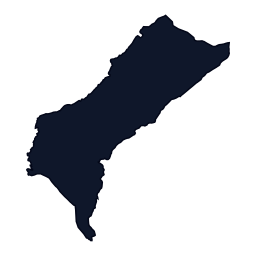 the district of Golakonneh, Grand Cape Mount, Liberia
{"feature_id": "62588387B70898832426748", "entity_name": "Golakonneh", "entity_type": "district", "adm_level": 2, "iso_a3": "LBR", "parent_name": "Liberia", "parent_adm1": "Grand Cape Mount", "projection": "natural_earth1", "projection_center": [-10.924, 7.106], "detail": "fine", "context": "isolated", "style": "filled", "palette": "ink", "viewbox_px": 256, "rotation_deg": 0, "n_neighbors": 0, "source": "geoboundaries", "source_scale": "gbopen_adm2", "svg_char_len": 5540}
<svg xmlns="http://www.w3.org/2000/svg" viewBox="0 0 256 256"><path d="M91.9,240.6L92.0,239.7L91.6,237.5L92.1,236.6L93.2,236.3L94.5,235.8L95.2,235.2L94.8,233.4L94.5,232.5L94.3,231.6L94.1,231.2L93.5,230.4L92.7,229.7L92.3,229.4L90.9,227.5L89.7,226.4L89.0,225.5L89.0,225.3L88.6,223.8L88.4,221.4L88.3,220.0L88.3,218.6L88.3,218.0L89.7,216.4L90.9,215.9L91.5,214.6L92.1,212.4L93.0,210.9L93.1,210.7L93.2,209.4L93.9,208.6L95.2,207.8L95.0,206.0L95.2,205.2L95.5,204.3L95.6,203.9L96.1,202.5L96.4,201.2L96.2,200.0L96.1,199.1L97.0,198.6L97.7,198.3L97.8,198.4L97.6,197.1L96.9,195.2L97.6,193.0L98.7,192.1L99.5,190.4L99.8,189.8L100.3,189.1L101.5,188.1L101.9,186.6L102.3,182.2L101.7,180.9L100.8,180.1L100.5,179.4L100.4,179.2L100.5,178.2L101.4,177.3L101.5,176.8L101.6,176.5L102.9,175.5L103.8,174.9L104.0,174.3L103.7,173.7L103.4,172.7L103.4,171.6L103.8,170.0L104.0,170.0L104.0,169.4L103.5,168.8L103.0,168.1L103.0,166.5L102.7,165.5L102.0,164.7L100.1,163.4L98.4,162.4L98.4,161.9L99.3,161.5L99.9,160.5L100.4,159.4L101.9,159.2L102.5,159.1L103.9,159.0L104.8,158.3L106.3,159.4L107.3,159.5L108.2,159.4L109.4,158.3L110.4,155.7L110.5,154.7L111.4,153.3L111.6,151.6L112.2,150.1L112.3,150.1L113.1,149.2L114.9,147.6L116.1,145.5L116.3,145.3L117.2,144.5L118.5,143.3L119.2,143.0L119.9,142.7L120.9,142.0L121.0,141.9L121.3,141.7L122.7,140.1L124.8,139.0L125.1,138.9L125.6,138.7L127.1,138.2L128.9,137.9L130.3,137.0L130.9,136.6L133.1,135.1L134.6,134.5L135.1,133.4L135.3,133.1L134.7,131.8L134.5,131.0L135.6,129.4L138.5,128.2L139.2,127.9L140.0,126.8L140.1,126.7L140.7,125.8L142.2,125.5L143.7,125.5L144.9,125.9L146.9,124.9L146.9,124.7L147.9,123.5L148.2,123.3L149.9,122.8L151.3,123.0L153.0,122.7L154.1,122.3L154.7,122.2L154.8,121.9L155.3,121.0L155.4,119.4L157.1,116.9L158.9,114.2L159.5,113.4L160.0,112.7L160.0,111.8L160.5,110.9L161.0,110.1L162.7,109.2L163.8,107.8L164.5,106.2L165.8,104.8L166.0,104.9L166.9,104.1L167.5,103.5L169.4,101.6L171.3,99.5L172.3,99.2L173.5,99.0L174.6,98.6L176.2,97.9L176.5,97.8L177.5,97.1L179.0,96.3L180.3,96.5L181.2,95.4L182.9,94.1L187.7,90.1L188.5,89.4L192.4,86.2L196.5,82.7L197.1,82.4L198.7,81.2L200.9,79.6L202.1,77.2L204.5,75.5L205.3,74.5L206.4,73.0L206.7,72.8L209.0,71.8L212.4,69.5L215.8,67.5L218.2,65.9L218.5,65.8L219.6,64.9L220.3,63.0L221.9,61.4L222.5,60.9L224.7,59.5L226.6,58.3L227.3,57.5L227.7,57.1L227.8,56.9L228.7,55.2L229.2,53.3L228.9,51.5L229.0,48.9L228.7,47.2L228.9,45.3L229.2,42.7L227.6,42.9L226.0,43.3L224.1,44.0L221.3,44.5L220.2,44.6L218.9,44.8L218.0,45.5L218.0,45.2L217.7,45.3L215.4,46.5L213.1,46.5L212.6,46.3L210.1,45.0L206.9,43.3L204.1,41.6L203.1,41.3L202.1,40.9L199.2,41.1L197.5,41.1L196.4,41.0L194.6,40.2L193.8,38.1L193.8,37.6L187.4,32.4L178.3,28.9L172.9,25.6L172.3,21.8L165.8,15.6L165.6,15.4L164.0,16.4L161.9,17.1L158.4,18.5L157.3,19.7L156.3,20.8L155.2,22.6L154.0,23.4L152.0,24.3L150.3,25.9L148.7,26.9L147.1,26.8L145.5,26.8L143.6,26.7L142.5,28.2L142.1,29.1L141.0,29.7L140.0,31.5L140.2,32.6L142.1,33.9L142.8,34.7L142.7,35.7L141.9,37.0L140.8,37.6L139.9,37.6L138.9,36.5L137.7,35.8L136.2,36.8L134.2,39.9L132.3,43.3L130.5,45.4L129.6,46.4L128.8,47.2L127.9,49.1L126.9,49.5L126.3,50.5L125.5,51.8L124.4,52.9L122.9,53.5L121.3,55.4L119.4,55.3L118.5,56.8L117.7,57.6L116.4,58.2L115.7,58.1L114.9,58.5L114.7,58.6L113.4,59.1L112.2,59.1L110.9,59.5L110.5,60.7L110.8,62.0L111.8,63.0L112.0,64.4L112.5,65.7L111.4,66.8L110.6,68.7L110.5,68.9L109.7,71.0L108.7,72.4L108.5,73.6L108.8,74.2L109.7,74.7L110.2,75.1L109.9,76.0L109.1,76.5L107.0,77.2L105.4,77.8L105.0,78.3L104.4,79.5L103.5,79.7L102.9,80.3L102.8,81.3L101.3,82.5L100.3,84.2L99.4,84.5L98.7,84.7L98.4,84.7L98.0,85.4L97.8,86.7L97.2,87.1L96.1,87.9L95.4,88.9L94.4,89.7L93.1,91.3L91.4,93.2L90.2,94.2L89.0,94.2L88.0,95.5L87.0,97.2L85.6,97.9L84.1,99.4L82.5,99.2L81.6,99.3L81.0,100.6L80.4,101.2L79.3,100.6L78.9,100.7L76.6,102.2L74.4,103.7L72.5,104.5L71.6,105.1L70.5,105.0L69.1,104.7L67.1,104.8L65.1,105.5L63.6,106.6L63.0,107.4L61.4,109.1L60.4,110.5L59.3,110.8L58.1,111.5L57.0,112.0L55.6,112.0L53.3,112.3L51.7,113.0L48.7,113.8L47.2,113.9L45.9,113.8L44.3,114.5L41.2,115.5L39.8,116.2L39.2,117.6L37.5,118.4L37.7,119.6L37.0,120.7L37.0,122.4L36.2,123.9L35.5,126.6L35.4,128.2L35.8,128.1L36.5,127.8L37.1,127.6L37.8,127.6L38.1,128.2L38.1,129.5L38.1,130.2L38.7,131.0L38.9,131.3L39.1,131.7L38.3,132.5L37.7,133.7L36.9,133.8L37.3,135.1L37.5,135.7L36.8,136.3L35.8,136.8L35.3,137.8L34.8,138.5L34.7,139.6L34.5,140.4L33.9,140.9L33.2,142.4L33.7,143.2L34.0,143.7L33.8,144.1L33.6,144.5L33.7,145.1L33.5,146.7L33.1,147.4L32.1,147.7L31.9,148.5L31.1,149.0L30.6,149.6L31.0,150.6L30.6,151.7L29.8,152.8L29.0,153.3L27.8,153.1L27.3,153.6L27.5,155.3L28.0,155.8L28.8,155.8L29.2,156.3L29.3,157.0L28.9,158.1L28.1,159.2L28.0,160.3L28.2,160.6L28.8,160.8L29.5,160.8L30.1,161.4L30.6,162.1L31.1,163.4L31.5,164.8L30.2,165.2L30.3,165.9L31.1,166.4L31.6,166.6L31.1,167.3L31.2,168.0L31.8,168.6L32.6,169.4L32.5,170.1L32.2,170.3L31.4,170.1L30.6,169.6L28.6,168.9L27.4,169.0L26.8,169.8L27.2,170.6L27.9,171.5L28.5,172.4L28.3,173.2L28.0,174.0L28.1,174.4L28.4,174.9L28.5,174.8L30.1,175.0L31.7,175.6L32.8,175.3L34.4,174.9L36.4,174.0L37.4,173.8L38.3,173.8L39.3,173.8L40.8,173.8L41.4,174.1L42.6,174.7L44.8,175.7L45.9,176.2L46.3,176.4L48.0,177.3L49.2,178.0L50.2,179.3L51.7,181.6L53.8,184.1L55.8,186.4L56.1,186.6L57.2,187.5L58.7,189.5L59.8,191.2L59.9,191.4L64.8,196.6L67.3,198.9L68.5,200.1L70.3,202.0L71.8,203.2L71.8,203.3L73.8,205.1L75.2,205.5L75.7,209.6L76.3,221.5L78.3,227.4L83.8,233.8L86.5,237.9L86.8,238.0L87.7,238.1L88.5,238.9L89.0,239.4L89.5,239.4L90.0,239.8L90.4,240.2L90.8,240.6L91.7,240.6L91.9,240.6Z" fill="#0f172a" stroke="#020617" stroke-width="1.5"/></svg>